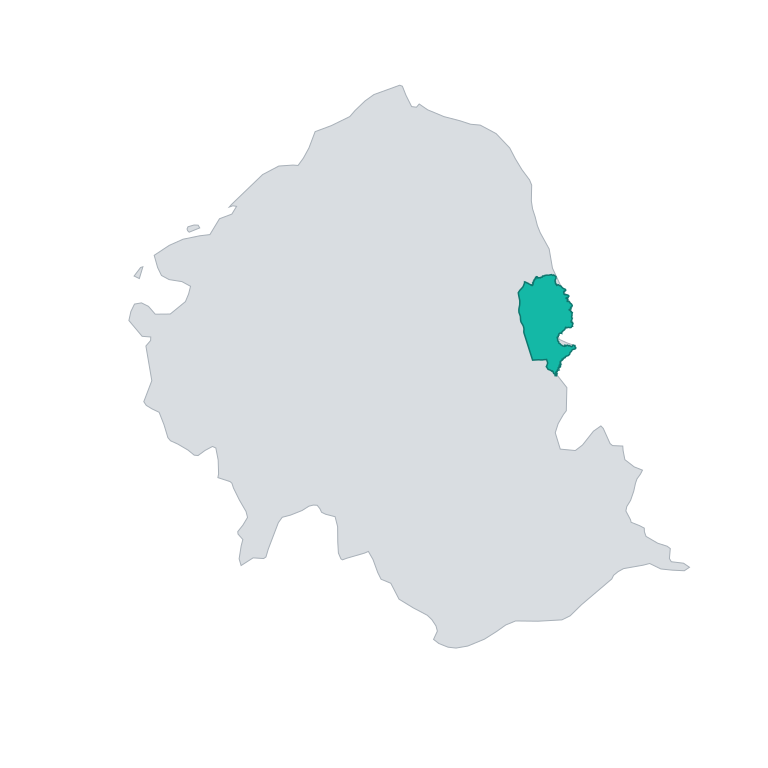 Choam Ksant, Preah Vihéar, Cambodia shown in context, rotated 72°
{"feature_id": "14789045B63447960105110", "entity_name": "Choam Ksant", "entity_type": "district", "adm_level": 2, "iso_a3": "KHM", "parent_name": "Cambodia", "parent_adm1": "Preah Vihéar", "projection": "albers", "projection_center": [104.9, 14.186], "detail": "fine", "context": "in_parent", "style": "filled", "palette": "teal", "viewbox_px": 768, "rotation_deg": 72, "n_neighbors": 0, "source": "geoboundaries", "source_scale": "gbopen_adm2", "svg_char_len": 8502}
<svg xmlns="http://www.w3.org/2000/svg" viewBox="0 0 768 768"><g transform="rotate(72 384 384)"><path d="M652.7,150.1L654.4,156.1L650.1,167.4L645.5,177.8L636.8,186.8L636.4,193.4L633.6,213.2L634.8,219.4L636.9,224.8L639.8,227.6L647.7,246.8L654.9,264.3L662.0,278.6L663.3,287.7L657.2,310.8L650.0,332.1L650.8,342.7L654.1,353.2L657.7,367.3L659.1,385.3L657.4,397.1L654.1,404.4L647.8,412.0L642.2,415.8L635.5,409.6L630.1,409.3L622.9,411.3L617.3,414.3L605.9,425.4L593.3,436.2L575.6,439.1L568.8,447.1L561.5,448.2L547.5,448.7L538.4,450.6L538.8,454.6L538.2,473.4L538.4,477.8L537.0,479.0L530.7,479.6L520.0,476.8L505.4,472.2L495.1,471.5L489.8,479.8L486.7,483.0L482.8,483.5L478.7,485.0L477.3,488.6L477.0,493.2L479.0,501.0L479.8,513.5L479.3,522.0L483.2,527.3L505.4,545.2L512.0,549.7L512.8,552.4L508.9,562.2L512.5,576.0L505.5,575.8L493.9,569.9L488.3,566.3L481.6,569.2L479.2,568.7L474.7,561.9L468.7,555.0L462.6,554.6L449.6,557.4L436.4,559.3L431.4,559.3L429.3,560.5L421.7,570.9L418.4,569.1L405.1,565.2L392.9,563.7L390.4,566.4L391.9,574.8L394.6,583.0L393.0,586.5L386.3,590.8L377.5,598.6L372.0,604.6L368.3,606.1L354.8,605.8L341.4,606.6L336.0,612.3L330.9,616.7L326.6,617.9L309.1,603.8L274.3,598.7L270.5,592.5L267.2,591.3L263.9,599.3L244.8,607.0L236.8,602.3L230.9,596.6L231.9,589.6L237.4,584.0L246.9,580.0L251.4,565.7L244.3,547.4L238.0,542.0L231.3,537.8L224.2,544.5L218.3,556.1L212.0,562.1L203.3,563.3L190.6,562.8L185.8,545.4L184.2,530.4L186.1,513.5L188.1,503.4L176.0,489.4L175.4,476.2L169.5,469.3L167.8,472.7L167.9,476.5L166.2,473.7L147.3,434.7L144.2,416.7L147.7,402.8L149.6,398.2L144.2,390.8L136.4,382.5L122.7,371.5L122.0,354.3L119.1,333.9L115.0,327.1L108.9,314.5L105.6,304.1L104.7,276.7L106.5,274.5L116.2,273.9L128.7,272.0L130.8,267.6L128.6,264.0L136.7,257.8L148.2,244.4L157.2,230.3L163.7,221.4L167.5,212.5L180.5,200.0L198.3,191.5L210.3,189.5L222.8,186.6L234.9,182.5L240.5,182.1L255.4,187.3L263.4,188.6L271.9,188.6L280.7,189.2L288.3,188.7L306.6,185.2L325.9,188.0L343.2,185.8L364.6,181.8L375.1,184.3L384.7,188.5L386.0,196.8L388.2,200.6L391.4,203.5L395.7,203.5L401.1,197.7L405.7,191.7L407.1,190.6L407.4,193.6L409.7,200.0L413.7,206.4L417.9,210.7L424.8,216.3L429.2,216.6L443.9,211.2L465.8,218.9L468.4,222.7L475.5,230.6L483.3,236.2L500.4,236.5L506.4,222.6L503.4,214.1L493.6,199.4L490.9,190.7L494.0,189.2L510.5,187.4L513.2,185.7L516.8,176.1L521.3,177.2L530.4,178.3L540.1,171.7L545.8,164.8L548.9,167.9L552.4,172.7L556.1,175.5L563.1,179.6L570.8,185.4L575.6,191.0L579.5,193.2L589.3,191.5L591.9,191.7L597.6,184.8L601.5,181.0L604.9,182.0L609.9,181.9L620.0,172.9L625.8,164.8L629.0,162.6L638.2,166.5L641.8,165.7L647.0,154.5L652.7,150.1ZM179.4,522.4L177.5,523.4L175.7,523.4L173.9,521.8L174.1,515.5L175.5,511.7L178.6,511.0L179.4,522.4ZM208.1,584.1L204.1,588.3L198.0,579.5L198.0,577.1L208.1,584.1Z" fill="#d9dde1" stroke="#a8b0b8" stroke-width="1"/><path d="M429.4,217.3L429.2,217.2L429.0,217.3L428.4,216.7L428.1,216.8L427.9,216.8L427.6,217.1L427.4,217.1L427.2,216.9L427.2,217.1L426.8,216.8L426.9,216.5L426.5,216.7L426.6,217.0L426.4,217.0L426.4,216.8L426.0,216.8L426.0,216.7L425.9,216.6L425.5,216.1L425.6,215.9L425.5,215.5L425.3,215.6L425.2,215.4L425.0,215.2L424.8,215.1L424.5,214.9L424.6,214.4L424.4,214.6L424.1,214.5L423.9,214.2L423.7,214.1L423.6,213.7L423.2,213.3L423.4,213.1L422.9,213.1L422.8,212.9L422.6,213.0L422.6,212.9L422.4,212.7L422.0,212.4L422.4,212.0L422.3,211.9L422.3,211.7L422.2,211.7L422.0,211.4L421.7,211.5L421.8,211.3L422.0,211.2L422.1,210.9L421.7,210.7L421.2,210.6L421.1,210.4L420.8,210.4L420.7,210.4L420.8,210.6L420.6,210.6L420.4,210.8L420.4,210.6L420.1,210.5L420.1,210.4L419.9,210.4L419.9,210.2L419.8,210.3L419.7,210.2L419.5,210.3L419.3,210.3L419.2,210.1L419.3,209.9L419.2,209.8L419.3,209.7L418.9,209.5L418.8,209.4L418.3,209.8L417.9,209.6L417.6,209.7L417.5,209.4L416.9,209.1L416.9,208.6L416.8,208.2L416.4,207.2L415.8,207.0L416.0,206.8L416.0,206.3L415.5,205.8L415.1,205.7L414.9,205.4L415.0,204.4L414.8,204.2L414.9,203.6L414.7,203.4L414.1,203.1L414.1,202.4L413.8,202.1L413.9,200.8L413.9,200.0L413.2,198.5L412.8,198.0L411.8,197.5L411.5,197.3L411.2,196.4L410.8,195.7L410.7,195.5L409.8,194.7L409.6,194.2L409.5,193.7L409.6,193.4L409.5,192.7L409.7,192.0L409.5,191.6L409.6,191.0L408.9,190.4L408.2,190.5L407.4,191.1L407.0,191.0L406.4,190.6L406.3,190.8L405.9,191.5L405.6,191.8L405.6,192.1L405.5,192.7L406.4,193.3L406.5,193.5L406.5,194.0L406.2,194.5L405.9,194.7L405.7,195.1L405.0,195.4L404.8,195.5L404.7,196.8L404.1,197.0L403.8,197.3L403.7,198.1L404.0,199.0L403.1,199.7L403.0,200.0L403.8,200.0L404.1,200.2L404.1,200.6L403.9,200.9L403.4,201.6L403.3,201.9L402.9,202.4L402.0,203.0L401.3,203.7L400.0,204.2L399.4,205.0L398.7,205.1L398.3,204.9L397.7,204.8L396.9,205.4L396.5,205.5L395.9,205.1L394.2,205.0L393.1,204.9L392.8,204.1L392.7,203.6L392.4,203.5L391.7,203.2L391.2,202.8L391.1,202.6L391.2,202.4L390.7,202.4L390.3,202.0L390.0,201.2L390.1,200.9L390.2,200.7L390.3,200.2L390.7,199.5L390.0,199.6L389.5,198.6L389.5,198.2L389.2,198.0L388.4,196.6L388.3,195.7L388.1,195.4L387.9,195.1L386.9,194.4L386.2,193.7L386.3,193.4L386.9,193.3L387.0,193.2L387.1,192.7L387.0,192.0L387.1,191.6L387.1,191.0L387.7,190.1L388.1,188.9L388.0,188.5L387.3,187.6L387.2,187.4L387.3,187.0L386.8,187.1L386.1,186.4L385.5,186.2L385.1,185.7L384.9,185.6L384.6,185.6L384.2,186.0L383.6,185.7L383.4,185.7L383.3,185.9L383.2,186.7L383.1,186.8L382.8,186.8L382.2,186.7L381.7,186.4L381.2,185.6L380.8,185.5L379.9,184.9L379.6,184.6L379.3,184.9L379.0,184.9L377.9,184.8L377.4,184.4L377.2,184.1L376.7,184.1L375.9,183.7L375.0,183.4L374.6,183.0L374.3,182.8L374.0,183.0L373.3,183.8L373.2,183.8L373.0,183.5L372.9,183.5L372.6,183.9L372.3,184.0L371.1,184.4L371.0,184.9L370.8,185.0L370.5,184.9L370.3,184.6L370.5,184.0L370.4,183.7L370.4,183.1L369.7,182.7L368.8,182.8L368.8,182.4L368.6,181.6L367.7,180.8L367.5,180.7L365.9,181.0L364.5,182.0L363.3,182.2L362.2,183.2L362.3,183.6L362.0,183.9L362.0,184.2L361.8,184.2L361.5,183.8L361.1,183.7L360.6,183.3L360.4,183.2L359.6,183.4L358.9,184.3L358.5,184.2L358.4,184.0L358.8,182.6L358.7,182.3L357.9,181.7L357.7,181.1L357.2,181.0L356.7,181.3L356.1,181.8L355.9,182.4L355.2,183.2L355.2,183.8L354.9,184.2L354.7,184.7L354.2,185.0L352.0,184.7L351.3,183.8L351.6,183.5L351.3,182.5L351.0,182.2L350.1,182.2L348.6,183.9L347.2,184.9L346.0,185.2L345.2,185.9L344.6,186.8L343.6,187.4L343.5,187.6L343.7,189.2L343.5,189.3L343.3,189.3L342.6,189.0L342.2,189.3L342.1,189.7L341.6,189.8L340.5,189.7L340.0,189.4L339.1,189.6L338.9,189.6L338.4,189.2L337.8,189.0L336.8,187.9L335.1,187.3L334.8,187.6L333.6,188.1L333.1,188.6L332.7,189.1L333.0,189.6L332.9,190.0L332.2,190.5L331.8,190.7L331.5,192.6L331.6,192.8L331.5,193.1L331.5,193.4L331.4,193.9L331.3,194.1L331.1,194.8L330.8,195.3L330.7,196.3L330.4,197.3L330.8,197.8L330.5,198.7L330.7,199.2L330.7,199.5L330.6,199.8L330.4,199.9L330.5,200.1L331.0,200.4L330.9,200.5L331.2,201.0L331.2,201.3L331.2,201.7L331.0,202.0L331.4,202.6L331.3,202.8L331.1,202.9L331.0,203.1L330.8,203.9L330.6,204.2L330.8,204.5L330.7,205.0L330.3,205.2L330.2,205.3L329.9,205.3L329.7,205.2L329.3,205.2L329.1,205.5L329.1,205.9L329.5,206.2L329.3,206.3L329.5,206.5L329.9,206.5L330.1,206.7L329.9,207.0L330.3,207.1L330.1,207.3L330.7,207.7L330.7,208.0L331.0,208.2L330.9,208.3L331.2,208.9L331.6,208.9L332.0,209.2L332.2,209.5L332.2,209.9L332.7,210.1L332.8,210.3L333.0,210.4L333.0,210.2L333.1,210.3L333.3,210.4L333.3,210.5L333.5,210.7L333.9,210.7L334.0,210.9L333.9,211.2L334.2,211.2L334.2,211.3L334.6,211.2L334.7,211.4L335.0,211.4L335.0,211.5L335.5,211.8L335.8,212.0L335.7,212.2L335.7,212.3L336.0,212.3L336.1,212.5L335.9,212.6L335.8,213.2L335.2,213.2L335.1,213.5L335.1,213.9L334.8,214.0L334.4,214.4L334.1,214.8L333.7,215.2L333.0,215.5L332.4,216.6L331.9,216.7L331.3,217.5L331.1,217.7L331.1,217.8L330.7,218.0L330.6,218.6L330.4,218.8L331.0,219.0L332.0,219.6L333.8,221.1L334.7,222.0L336.9,225.9L338.2,227.5L338.7,228.1L341.2,228.5L346.7,229.1L348.5,229.7L350.7,230.5L353.9,232.3L354.8,232.7L355.7,233.0L357.5,233.5L358.1,233.5L361.1,233.4L361.8,233.4L365.2,234.3L366.6,234.5L367.6,234.5L369.2,234.1L371.7,233.6L374.0,233.7L375.3,234.0L377.2,234.8L378.5,235.1L407.2,235.3L408.8,229.2L409.4,227.9L410.1,225.7L410.3,224.1L410.6,223.4L410.9,221.8L413.9,221.8L414.7,221.9L415.0,222.1L415.4,222.4L416.7,223.3L417.7,224.3L418.6,223.9L420.2,223.6L420.8,223.4L422.1,221.7L423.2,220.7L423.3,220.4L423.7,220.4L423.8,219.6L424.5,219.4L424.6,219.5L424.9,219.3L425.6,219.5L426.0,219.3L426.4,219.3L426.7,219.1L427.1,218.7L427.5,218.4L428.2,218.4L428.5,218.6L428.7,218.4L429.0,218.5L429.1,217.8L429.3,217.7L429.3,217.4L429.4,217.3Z" fill="#14b8a6" stroke="#0f766e" stroke-width="1.5"/></g></svg>